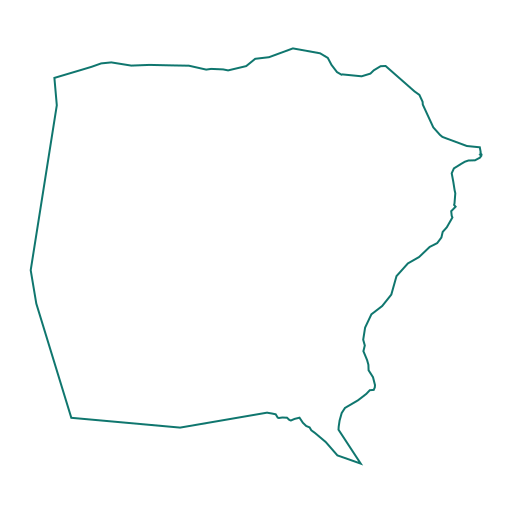 outline of Chiquihuitlán de Benito Juárez, Oaxaca, Mexico
{"feature_id": "50627088B93670020646258", "entity_name": "Chiquihuitlán de Benito Juárez", "entity_type": "district", "adm_level": 2, "iso_a3": "MEX", "parent_name": "Mexico", "parent_adm1": "Oaxaca", "projection": "mercator", "projection_center": [-96.732, 17.989], "detail": "fine", "context": "isolated", "style": "outline", "palette": "teal", "viewbox_px": 512, "rotation_deg": 0, "n_neighbors": 0, "source": "geoboundaries", "source_scale": "gbopen_adm2", "svg_char_len": 1517}
<svg xmlns="http://www.w3.org/2000/svg" viewBox="0 0 512 512"><path d="M414.5,91.4L385.6,66.0L380.6,66.2L373.8,70.3L370.4,73.6L361.6,76.3L342.4,74.4L341.5,74.7L337.0,72.1L331.5,64.9L327.8,57.9L320.1,53.3L292.9,48.4L269.0,57.2L255.2,58.8L246.2,66.1L228.1,70.4L223.1,69.4L211.1,68.9L206.2,69.6L188.9,65.7L172.1,65.4L149.5,64.9L131.3,65.6L111.3,62.4L101.2,63.4L91.6,66.8L81.3,69.9L54.4,77.9L56.8,105.3L30.7,270.2L36.3,303.6L71.3,417.8L180.1,427.6L266.8,412.7L267.4,412.7L267.7,412.8L271.9,413.5L275.7,414.3L277.7,417.6L278.8,418.0L282.4,417.5L284.3,417.6L287.0,417.7L289.3,419.9L290.9,420.5L294.6,418.9L299.5,417.7L302.1,421.6L302.8,422.7L306.2,426.0L309.6,427.4L311.3,430.3L315.0,433.0L325.8,442.1L337.4,455.4L360.7,463.6L338.5,429.7L338.7,426.6L339.6,420.5L341.7,413.0L345.0,407.9L358.0,400.3L366.3,393.9L369.8,390.2L373.7,389.9L374.8,387.4L375.0,385.1L373.0,377.2L368.6,370.3L368.5,367.9L368.4,364.8L367.1,360.1L363.4,351.2L364.8,345.5L363.2,339.7L365.1,327.6L371.4,314.3L382.2,306.0L391.3,294.6L396.5,276.1L407.9,263.4L419.1,257.0L429.7,246.9L437.2,243.1L441.4,237.5L442.7,231.9L446.8,227.3L452.4,217.5L451.7,215.7L451.2,211.2L455.6,206.7L454.1,204.9L454.5,203.4L455.3,193.3L454.6,190.1L453.3,181.8L451.7,173.3L453.9,168.4L461.1,163.9L464.9,161.7L468.5,160.5L475.0,160.3L479.9,157.7L481.3,155.8L480.2,154.8L481.3,154.2L480.4,153.1L480.7,152.3L479.8,147.3L466.8,146.0L446.6,138.5L442.4,136.9L439.9,134.8L433.3,127.4L422.8,104.6L422.6,101.8L419.4,94.9L414.5,91.4Z" fill="none" stroke="#0f766e" stroke-width="2"/></svg>